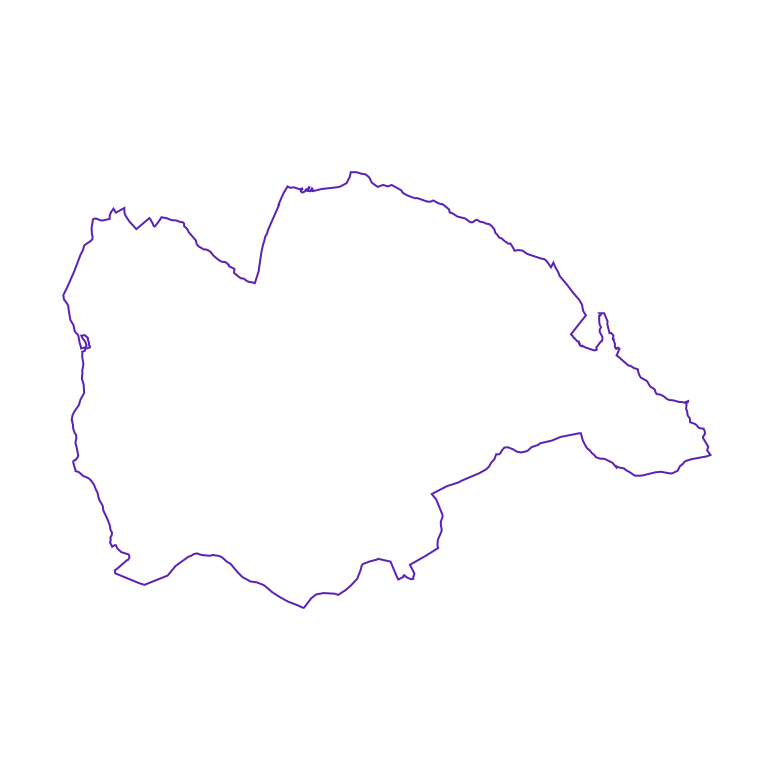 Garceni, Vaslui, Romania (Albers equal-area conic projection), rotated 174°
{"feature_id": "2599482B9024502031895", "entity_name": "Garceni", "entity_type": "district", "adm_level": 2, "iso_a3": "ROU", "parent_name": "Romania", "parent_adm1": "Vaslui", "projection": "albers", "projection_center": [27.291, 46.752], "detail": "fine", "context": "isolated", "style": "outline", "palette": "violet", "viewbox_px": 768, "rotation_deg": 174, "n_neighbors": 0, "source": "geoboundaries", "source_scale": "gbopen_adm2", "svg_char_len": 6137}
<svg xmlns="http://www.w3.org/2000/svg" viewBox="0 0 768 768"><g transform="rotate(174 384 384)"><path d="M699.9,329.7L696.6,328.2L692.7,323.9L688.7,321.9L686.6,320.2L684.6,317.3L683.0,314.1L681.3,308.3L680.4,306.6L679.7,300.4L679.1,298.1L676.9,293.3L676.4,291.5L676.4,287.7L673.1,278.3L671.5,272.2L671.3,267.6L670.3,265.3L670.1,264.3L670.7,261.8L672.2,259.8L672.1,256.9L673.1,255.3L671.3,250.6L668.9,251.8L667.5,251.7L666.3,248.2L662.8,244.2L655.8,241.2L655.3,239.8L655.4,237.9L657.0,235.8L658.1,235.6L669.3,227.8L671.1,227.0L671.2,224.0L670.5,223.5L648.3,211.5L643.3,209.3L619.2,216.1L610.2,224.9L596.5,232.7L594.0,233.2L590.9,234.7L587.8,235.1L583.2,233.0L576.9,231.7L574.3,231.4L572.3,231.9L566.9,230.5L564.4,229.4L562.7,228.0L559.0,223.9L555.3,221.1L549.6,212.5L544.8,206.6L537.3,201.5L531.2,200.0L525.2,196.9L523.3,195.4L516.9,188.6L510.7,183.6L502.2,177.6L492.9,172.9L488.2,170.0L486.9,169.9L478.8,178.5L473.6,181.8L465.9,182.4L454.5,180.5L451.6,179.0L444.0,182.9L438.2,186.9L431.1,193.0L426.7,201.4L425.1,205.9L423.5,207.3L416.3,209.1L409.4,210.1L408.3,210.8L396.1,206.7L391.2,190.5L390.2,188.1L384.9,190.1L384.7,191.1L384.0,191.8L381.0,188.9L377.2,186.9L375.2,187.1L375.2,188.5L373.6,192.4L377.1,201.5L360.2,208.9L347.3,215.2L347.7,217.8L346.8,223.3L342.2,231.5L341.8,233.7L342.2,236.8L341.9,241.3L339.6,245.6L339.6,248.1L344.2,263.8L348.0,269.6L331.9,275.9L319.8,278.4L317.3,279.6L298.7,285.3L291.6,288.3L288.3,290.7L285.9,294.3L282.1,297.6L279.8,302.4L277.4,302.0L275.5,302.9L273.9,305.4L270.9,308.2L267.3,308.1L261.7,305.1L260.1,303.6L258.5,302.7L254.8,301.6L249.4,302.2L247.8,302.8L244.0,305.7L236.8,307.4L235.0,308.7L222.9,310.2L213.9,312.9L195.3,314.6L193.4,314.4L192.1,306.7L189.5,300.3L188.7,298.9L186.1,296.2L184.5,293.6L182.1,291.2L180.8,289.0L177.1,287.2L172.4,286.5L165.0,281.7L161.7,276.9L161.5,277.9L159.5,276.6L154.2,275.0L152.5,273.2L148.3,270.2L144.3,266.7L139.8,266.1L136.8,266.0L123.3,267.8L117.8,267.8L108.3,265.0L106.1,265.2L100.9,267.1L98.3,271.3L94.8,273.5L93.8,274.9L91.9,275.9L86.2,277.1L70.3,278.3L66.7,279.4L69.6,284.2L68.1,287.7L72.4,297.1L72.3,298.1L69.9,301.1L70.0,303.7L70.9,306.1L75.2,307.2L78.4,311.5L83.5,314.0L83.4,317.7L85.3,321.0L85.4,325.0L86.2,327.9L85.3,331.3L85.6,333.0L83.5,334.5L83.4,335.2L87.4,334.1L89.6,334.9L92.1,335.2L98.1,337.5L102.1,338.3L104.3,339.6L106.7,342.2L110.3,344.6L113.9,345.5L114.9,347.8L115.2,350.0L116.6,351.5L119.1,353.2L120.5,355.5L121.7,358.6L122.5,359.7L127.9,363.5L129.3,366.5L130.0,370.2L129.9,371.8L130.2,372.2L133.6,373.6L137.1,376.4L139.0,376.8L148.4,387.0L149.7,388.0L146.1,394.5L147.0,395.4L148.1,395.7L148.9,394.6L149.7,394.8L150.5,397.0L150.1,400.0L150.9,402.2L150.8,404.3L151.7,404.4L151.8,405.3L151.1,406.8L150.8,408.4L152.8,411.0L154.4,411.0L155.7,420.6L155.1,422.9L157.6,431.3L162.3,431.8L161.3,430.4L161.4,429.6L162.9,429.4L163.5,422.8L163.3,420.3L162.2,417.8L163.7,415.8L164.0,413.2L161.9,407.9L162.1,405.8L162.9,403.7L164.0,403.5L169.0,398.2L168.9,395.8L171.4,395.4L180.1,399.4L182.9,401.4L183.4,400.8L185.1,402.0L185.1,403.6L185.9,403.8L185.8,405.8L187.3,406.2L189.7,409.6L190.6,410.1L191.2,411.8L192.9,413.9L176.0,431.2L178.3,435.8L178.8,442.0L180.8,446.9L186.1,454.5L191.9,464.1L197.9,472.8L199.1,477.1L201.3,482.0L202.9,487.0L205.7,482.6L209.0,488.6L211.1,491.2L215.0,492.5L227.6,498.2L232.5,502.3L236.7,503.2L240.3,502.9L241.6,506.5L243.6,510.5L245.6,510.5L249.6,514.0L251.5,516.2L254.4,517.9L255.8,520.7L257.4,522.6L258.1,526.2L260.1,529.5L262.4,531.9L265.9,532.9L267.7,534.2L271.7,535.4L273.9,537.4L275.1,537.6L279.1,535.6L281.1,535.8L286.1,540.2L293.4,542.8L296.5,545.4L299.3,547.3L300.1,547.2L300.9,548.3L300.9,550.1L301.4,551.2L307.0,556.8L308.2,556.8L311.4,558.3L315.8,561.4L319.0,560.4L322.4,561.1L331.4,565.4L333.6,565.5L337.0,567.0L341.0,569.1L345.4,572.2L346.1,574.0L347.0,575.1L355.5,581.1L359.7,580.1L364.0,582.1L369.7,580.7L375.0,585.4L377.2,591.2L380.5,594.5L384.2,595.4L389.2,597.5L394.9,598.1L396.4,593.5L400.3,587.6L406.8,585.0L408.7,584.6L426.2,584.4L434.5,583.2L435.2,583.4L435.6,584.3L435.3,585.1L434.7,585.4L435.2,586.1L437.1,583.4L439.6,584.0L437.9,586.8L437.7,587.5L438.2,587.6L440.0,584.4L440.8,584.4L440.1,585.5L440.4,585.8L441.3,585.6L442.9,583.6L445.3,582.9L446.6,584.4L446.6,585.1L444.9,586.2L445.0,587.0L447.4,586.5L453.0,589.0L457.1,589.0L459.2,590.6L463.9,584.4L467.2,578.7L470.1,573.5L469.6,573.2L483.5,548.9L484.3,546.4L486.9,542.5L488.2,538.5L489.7,535.3L492.2,527.7L497.0,508.9L501.9,497.8L502.2,497.7L503.3,498.5L507.4,499.6L509.4,500.6L512.3,503.3L515.3,504.2L516.4,505.0L521.6,510.2L520.7,514.1L525.6,517.2L526.1,517.8L525.9,519.1L526.8,519.5L528.9,521.8L531.0,522.1L533.5,523.1L535.8,525.0L539.8,529.0L542.8,533.6L544.3,534.9L547.1,536.5L549.1,536.6L554.3,540.5L555.7,542.8L556.1,546.4L562.4,555.5L563.1,557.7L564.5,560.0L566.3,561.8L566.0,564.4L567.2,565.9L569.6,566.4L573.6,568.4L578.2,569.2L582.5,571.5L587.9,573.1L590.2,570.1L594.8,565.2L595.9,564.6L596.6,565.6L597.5,568.7L598.5,570.5L599.0,572.2L600.0,573.5L614.1,563.9L620.2,572.2L623.5,578.5L624.2,581.3L623.9,586.2L632.7,582.4L634.7,586.6L637.3,583.7L638.4,581.8L639.2,579.6L639.7,576.8L647.1,576.0L649.2,576.6L652.9,578.6L655.3,578.7L656.2,578.1L658.5,569.7L658.8,564.2L658.4,560.8L658.8,558.6L660.6,557.0L667.1,553.5L667.9,552.6L669.2,549.1L672.4,544.1L680.1,528.8L688.5,514.0L693.7,505.8L693.4,501.6L690.5,496.5L689.8,494.3L689.9,490.9L689.2,480.4L686.6,474.9L686.3,470.5L685.8,468.2L683.0,464.5L682.3,455.9L681.6,453.2L681.5,451.0L677.0,451.7L676.0,452.8L676.0,454.6L676.7,457.2L679.1,461.2L680.0,463.7L676.6,463.9L673.7,460.9L673.5,460.5L674.0,459.9L673.2,456.3L673.1,455.2L673.4,453.7L672.4,452.0L672.7,451.2L675.0,450.5L677.2,450.6L677.6,450.0L677.9,448.4L680.8,447.6L680.7,446.0L681.3,443.0L680.9,436.3L681.2,433.6L682.6,429.2L682.8,426.1L683.9,421.1L682.8,415.0L683.1,406.5L687.6,400.0L689.6,395.0L694.8,389.0L697.0,385.6L698.4,380.7L698.4,380.1L697.9,379.8L697.9,377.3L697.6,376.2L697.8,372.2L696.7,367.6L695.5,365.3L695.7,361.9L696.8,358.8L697.0,357.2L696.2,352.6L695.6,344.5L696.9,342.4L698.9,340.5L700.0,340.6L701.1,339.6L701.3,338.9L700.7,334.6L699.7,330.6L699.9,329.7Z" fill="none" stroke="#5b21b6" stroke-width="2"/></g></svg>